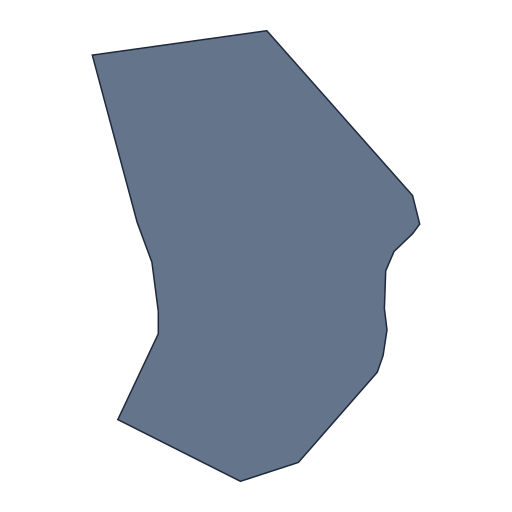 an SVG outline of Dobrna
{"feature_id": "SVN-239", "entity_name": "Dobrna", "entity_type": "Municipality", "adm_level": 1, "iso_a3": "SVN", "parent_name": "Slovenia", "parent_adm1": "", "projection": "orthographic", "projection_center": [15.239, 46.355], "detail": "fine", "context": "isolated", "style": "filled", "palette": "slate", "viewbox_px": 512, "rotation_deg": 0, "n_neighbors": 0, "source": "natural_earth", "source_scale": "10m", "svg_char_len": 357}
<svg xmlns="http://www.w3.org/2000/svg" viewBox="0 0 512 512"><path d="M412.6,195.6L419.7,224.1L412.6,233.7L394.0,251.5L385.7,270.9L384.4,308.7L387.0,329.9L383.1,355.5L377.3,372.2L298.4,462.4L240.4,481.3L117.8,419.6L158.3,333.8L158.3,311.4L151.9,262.2L137.2,222.5L92.3,55.1L266.8,30.7L412.6,195.6Z" fill="#64748b" stroke="#1e293b" stroke-width="1.5"/></svg>